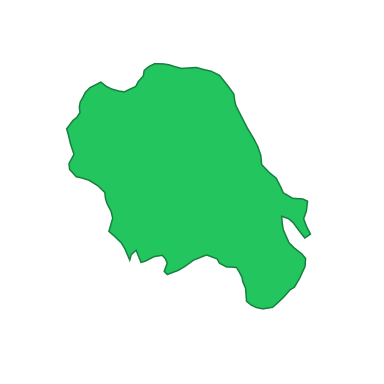 the district of Kythrea, Cyprus, rotated 63°
{"feature_id": "46923920B79735080950655", "entity_name": "Kythrea", "entity_type": "district", "adm_level": 2, "iso_a3": "CYP", "parent_name": "Cyprus", "parent_adm1": "", "projection": "natural_earth1", "projection_center": [33.485, 35.259], "detail": "fine", "context": "isolated", "style": "filled", "palette": "green", "viewbox_px": 384, "rotation_deg": 63, "n_neighbors": 0, "source": "geoboundaries", "source_scale": "gbopen_adm2", "svg_char_len": 1622}
<svg xmlns="http://www.w3.org/2000/svg" viewBox="0 0 384 384"><g transform="rotate(63 192 192)"><path d="M189.3,283.9L196.6,281.0L205.5,278.0L212.6,277.6L224.4,278.4L220.2,274.6L218.5,268.2L226.9,269.0L231.6,269.4L232.4,265.2L232.4,254.9L234.9,247.3L239.1,246.0L244.2,246.4L250.1,252.8L254.3,251.5L255.6,239.6L255.1,232.3L253.4,221.2L254.7,207.6L263.1,199.9L267.8,199.9L271.4,197.4L274.5,195.2L276.6,191.3L279.5,186.6L285.0,186.2L290.9,186.2L295.1,187.5L301.8,187.9L307.3,190.1L314.0,193.0L319.1,190.9L321.4,189.2L324.1,187.1L328.3,182.0L331.3,172.6L329.6,165.7L327.1,157.6L323.7,149.1L323.3,144.0L317.8,135.4L309.8,125.2L302.7,120.9L299.6,121.7L297.2,122.2L287.9,126.5L281.2,128.6L266.9,127.8L260.2,125.6L254.3,123.1L259.8,118.0L265.2,115.8L275.3,114.1L284.2,112.4L283.3,105.6L274.9,105.6L266.5,104.7L261.0,98.8L258.3,97.0L252.6,93.2L248.4,96.6L243.3,105.2L234.1,111.1L228.6,110.7L218.1,110.7L209.3,114.5L199.2,117.5L190.7,114.1L181.5,112.8L172.2,112.8L160.0,113.7L144.9,113.7L135.2,113.7L131.0,112.8L123.8,110.3L115.0,111.6L100.7,114.5L93.1,120.1L88.1,126.1L83.0,131.6L80.1,138.4L77.1,145.3L72.5,150.4L68.3,154.6L64.9,159.3L60.7,167.0L60.7,173.8L62.0,179.4L66.6,182.8L69.1,189.6L72.5,194.3L72.1,201.6L72.1,206.7L69.1,211.0L63.7,216.9L59.0,220.4L52.7,223.3L52.7,229.3L52.7,235.7L54.8,241.7L58.2,246.4L61.1,250.7L64.9,253.7L70.4,255.8L73.3,260.9L74.2,265.6L78.8,275.0L85.5,276.3L93.9,278.4L104.9,280.1L110.8,288.7L116.3,290.8L125.9,288.2L129.3,284.0L134.8,278.4L144.0,272.9L152.9,269.9L158.3,272.0L163.4,272.9L172.6,272.9L179.4,274.6L185.7,280.5L189.3,283.9Z" fill="#22c55e" stroke="#15803d" stroke-width="1.5"/></g></svg>